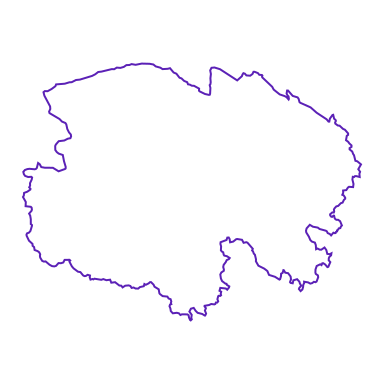 the border of Qinghai
{"feature_id": "CHN-1151", "entity_name": "Qinghai", "entity_type": "Province", "adm_level": 1, "iso_a3": "CHN", "parent_name": "China", "parent_adm1": "", "projection": "equal_earth", "projection_center": [96.897, 35.43], "detail": "fine", "context": "isolated", "style": "outline", "palette": "violet", "viewbox_px": 384, "rotation_deg": 0, "n_neighbors": 0, "source": "natural_earth", "source_scale": "10m", "svg_char_len": 5910}
<svg xmlns="http://www.w3.org/2000/svg" viewBox="0 0 384 384"><path d="M111.8,69.1L114.2,69.2L116.8,67.6L120.4,67.9L123.8,66.9L126.4,65.1L129.4,65.0L131.6,64.1L135.6,64.8L141.7,63.6L149.7,63.8L153.4,64.5L155.7,66.4L160.4,67.7L162.5,69.1L167.7,68.8L170.0,68.2L173.6,72.5L176.4,73.7L179.5,77.7L181.5,78.4L184.1,80.9L187.2,82.2L188.0,84.3L189.8,84.6L191.8,85.7L194.0,85.8L199.1,88.6L199.0,90.7L199.7,91.4L205.0,94.0L209.0,94.9L209.8,94.7L210.1,93.7L210.4,87.9L209.7,85.1L210.4,84.2L210.7,82.2L210.4,78.3L210.9,74.0L210.2,70.4L211.5,67.8L214.5,67.5L220.0,69.2L237.2,80.4L241.9,76.2L242.5,74.5L243.4,73.2L244.9,73.7L246.4,75.4L250.2,75.7L252.5,74.0L253.5,71.8L254.6,71.8L257.9,73.1L259.3,74.8L261.9,75.0L262.4,75.6L262.0,76.8L262.4,77.5L272.2,86.8L273.7,89.6L279.7,94.4L284.7,96.1L286.6,97.2L288.6,99.5L288.9,98.9L288.5,96.4L287.5,95.4L286.6,93.5L287.1,90.5L288.0,90.5L292.7,95.9L297.6,97.4L298.6,98.8L299.5,102.1L300.3,102.8L310.6,107.4L316.6,112.7L326.6,119.3L328.5,121.6L329.3,121.6L329.9,118.6L332.5,115.0L333.2,114.8L334.1,118.7L335.5,119.9L335.9,120.9L335.1,122.5L335.3,123.6L337.8,125.5L339.6,125.7L343.0,128.9L344.9,129.7L348.1,133.4L348.1,134.9L346.8,135.8L346.0,140.2L348.2,141.8L349.3,143.4L351.5,145.4L351.5,146.9L349.6,148.1L349.6,149.4L352.2,151.5L353.2,154.1L354.0,155.2L355.4,160.8L357.3,161.3L361.0,164.4L358.3,169.2L360.1,171.8L359.4,173.7L359.7,177.0L356.2,176.1L355.0,176.1L354.1,177.0L352.8,176.8L352.4,179.5L353.5,184.0L353.1,187.1L349.0,186.8L347.9,187.6L346.3,190.1L343.1,190.5L343.2,192.9L342.3,194.8L343.7,195.4L345.2,197.7L345.2,198.7L343.9,199.9L342.6,202.6L340.8,203.2L338.2,205.9L336.3,206.4L334.4,208.5L333.9,209.6L334.2,211.5L333.8,212.5L332.3,212.4L330.1,214.3L330.2,215.4L331.1,216.6L332.1,216.9L333.5,215.6L334.1,215.7L334.6,218.0L335.3,219.1L336.4,219.8L338.1,219.8L340.1,221.2L341.9,225.5L340.9,226.5L340.3,228.1L338.7,228.4L338.1,229.7L337.0,230.4L337.1,231.4L335.9,232.0L335.6,233.0L334.9,233.2L333.4,232.7L331.1,235.4L329.8,234.0L327.7,233.1L326.8,231.3L325.8,230.7L319.6,229.0L317.8,227.6L312.9,226.7L309.8,224.8L306.6,228.4L306.0,230.8L306.3,232.5L308.9,236.7L310.3,240.0L311.9,241.6L314.9,242.6L315.8,245.1L316.1,249.2L317.5,248.5L319.8,249.7L321.3,249.7L324.5,247.5L326.3,250.0L327.3,253.9L329.7,254.2L331.4,253.3L331.1,255.3L329.3,257.0L328.8,258.2L328.7,260.3L330.3,262.1L328.3,266.8L327.4,267.1L325.2,264.5L323.2,263.2L322.3,263.3L321.5,265.1L320.2,264.3L316.7,266.0L315.5,269.5L315.4,272.6L315.8,273.9L317.9,275.4L318.2,277.2L316.6,281.5L315.5,282.2L313.9,281.8L312.2,283.1L310.3,283.6L308.1,282.4L304.1,281.7L304.2,283.1L303.3,284.7L303.1,287.0L302.4,289.5L300.6,291.1L298.9,289.0L299.3,287.9L301.2,285.7L299.9,283.5L299.4,281.7L297.1,279.2L293.4,280.3L292.7,283.3L290.6,282.9L290.0,282.1L291.0,279.4L290.6,276.5L288.1,273.2L285.3,272.7L283.8,270.2L283.4,270.1L282.6,272.9L281.1,273.7L281.0,276.2L280.1,279.2L279.4,279.6L275.0,276.8L269.0,274.9L267.4,271.1L266.7,270.5L264.2,268.6L258.4,265.7L255.9,261.3L256.0,259.3L254.9,254.7L253.8,253.6L253.0,251.3L252.1,250.5L252.8,248.8L247.5,242.7L246.3,242.2L243.6,242.8L242.0,239.8L237.2,239.0L236.2,239.2L233.2,241.6L230.1,242.3L229.6,239.0L228.7,237.5L227.3,237.6L226.5,240.0L220.6,242.2L220.4,243.9L221.1,246.4L220.9,250.3L221.8,251.5L223.2,252.3L223.7,254.7L224.3,255.6L226.9,256.2L229.7,258.0L228.9,259.1L226.7,260.1L225.7,262.2L223.7,264.8L223.2,267.0L223.9,269.5L223.8,270.8L221.3,272.5L220.3,274.5L220.9,278.5L222.1,281.1L225.5,283.7L226.5,283.8L226.9,284.9L229.3,286.4L229.0,287.5L227.2,289.7L225.8,288.5L220.3,287.9L219.5,290.8L221.2,291.7L220.7,294.0L221.1,295.2L220.3,295.9L218.6,295.8L218.2,296.2L217.4,299.2L218.2,301.3L217.3,302.5L215.9,302.5L215.3,304.0L214.4,304.4L211.2,304.0L209.1,305.0L204.6,305.8L204.5,306.3L205.9,308.2L204.9,310.6L206.1,313.6L205.2,315.5L204.6,315.5L202.3,314.0L197.6,312.8L195.6,310.8L193.7,307.9L190.9,308.7L189.4,311.6L191.7,314.8L191.3,318.0L191.8,319.3L190.7,320.4L190.1,320.0L189.0,317.5L188.6,315.2L187.4,314.4L182.0,314.3L180.4,315.0L178.9,313.3L176.8,312.8L172.8,313.3L170.8,311.1L170.4,308.5L169.5,306.2L170.0,304.7L171.3,304.1L170.8,303.2L171.3,301.5L170.6,299.2L168.6,298.5L167.4,296.6L162.6,296.1L159.8,293.9L159.4,293.3L158.7,289.3L154.5,286.7L153.6,284.7L151.0,282.1L150.1,282.1L148.6,283.4L145.8,284.8L144.4,284.0L143.8,286.2L139.9,287.1L138.2,288.6L135.5,288.5L133.6,287.5L131.6,287.9L130.4,286.0L128.7,285.4L125.2,285.7L122.6,287.4L121.3,285.7L119.3,285.5L115.1,282.2L111.3,282.7L110.1,279.7L106.4,280.2L103.3,279.1L101.3,279.8L94.4,278.7L93.4,279.4L92.5,279.0L90.5,279.6L89.7,277.3L90.0,275.5L87.6,274.8L85.8,276.0L84.4,276.1L83.1,275.4L80.4,272.1L78.0,271.7L73.6,268.4L71.9,266.4L69.6,262.0L69.4,261.3L70.2,260.5L69.5,259.8L64.6,259.9L63.3,262.5L61.0,263.2L58.5,263.1L56.0,265.9L54.3,266.4L52.0,266.1L49.5,264.7L45.6,261.4L43.9,261.6L42.2,260.9L40.2,257.6L39.9,255.9L40.2,254.3L39.2,252.3L37.6,251.1L34.6,250.0L34.1,247.1L32.6,245.8L32.5,243.9L29.0,240.7L26.6,235.7L26.5,234.5L27.1,233.3L28.9,232.7L30.4,231.0L32.0,225.7L31.9,224.9L30.8,224.1L30.8,219.2L30.2,215.6L29.1,213.6L31.6,210.7L31.9,209.5L31.6,207.6L30.8,206.8L25.6,206.2L25.8,202.0L23.0,197.0L23.8,195.6L24.1,192.9L27.3,191.7L30.3,189.6L30.5,188.9L29.2,187.3L30.1,185.7L30.0,183.2L31.7,179.6L32.1,177.5L31.3,176.8L28.1,177.0L25.1,175.9L23.9,174.2L23.3,171.9L24.9,170.0L27.3,169.1L29.5,168.8L34.8,169.3L36.1,168.8L36.8,168.0L38.1,163.0L39.7,164.2L41.3,167.1L44.7,167.7L52.9,167.8L58.6,171.3L65.0,169.0L65.6,168.5L65.7,166.9L64.0,161.2L62.8,155.0L58.7,153.6L56.8,152.1L55.3,150.0L55.2,146.0L55.8,144.6L58.7,141.2L64.3,140.5L67.8,138.7L70.4,138.2L71.1,136.4L70.8,134.5L69.0,132.4L67.3,129.0L66.3,124.4L65.4,123.0L62.0,121.6L59.5,119.0L49.5,113.1L49.1,111.6L50.3,109.0L50.1,106.4L44.4,95.7L43.5,92.2L44.8,91.1L47.6,91.2L51.6,89.0L55.4,86.2L56.1,84.4L64.8,83.7L69.4,82.3L71.7,82.2L76.0,80.0L79.9,79.6L92.1,75.9L95.2,74.3L98.2,72.0L101.5,71.6L111.8,69.1Z" fill="none" stroke="#5b21b6" stroke-width="2"/></svg>